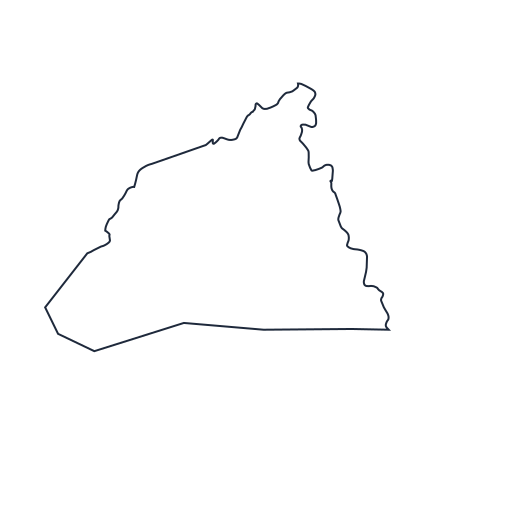 outline of Ceguaca, Santa Bárbara, Honduras, rotated 212°
{"feature_id": "27666195B41370347512850", "entity_name": "Ceguaca", "entity_type": "district", "adm_level": 2, "iso_a3": "HND", "parent_name": "Honduras", "parent_adm1": "Santa Bárbara", "projection": "orthographic", "projection_center": [-88.209, 14.817], "detail": "fine", "context": "isolated", "style": "outline", "palette": "slate", "viewbox_px": 512, "rotation_deg": 212, "n_neighbors": 0, "source": "geoboundaries", "source_scale": "gbopen_adm2", "svg_char_len": 6140}
<svg xmlns="http://www.w3.org/2000/svg" viewBox="0 0 512 512"><g transform="rotate(212 256 256)"><path d="M104.4,263.8L106.7,264.4L107.6,264.7L108.1,265.0L108.6,265.3L109.0,265.7L109.2,266.0L109.5,266.5L109.7,267.0L110.0,268.1L110.2,269.1L110.3,270.2L110.2,271.8L110.2,272.3L110.3,272.7L110.6,273.4L110.9,274.0L111.4,274.7L111.8,275.2L113.2,276.4L114.3,277.1L117.7,278.8L120.5,280.3L123.4,282.4L125.8,284.1L126.4,284.6L126.6,284.9L126.9,285.4L127.2,286.5L127.3,287.1L127.2,288.0L127.2,288.5L127.3,289.1L127.5,289.9L127.7,290.5L128.0,291.2L128.3,291.5L128.6,291.8L129.3,292.0L130.2,292.2L130.9,292.2L133.0,292.2L133.8,292.3L135.1,292.7L136.3,293.2L137.9,293.1L139.0,292.9L139.8,292.8L140.5,292.6L141.1,292.3L141.8,292.0L142.7,291.5L144.4,290.2L145.1,289.8L146.2,289.2L147.1,288.9L147.8,288.9L148.3,289.0L149.0,289.2L149.5,289.7L150.1,290.2L150.6,290.8L150.9,291.3L151.2,291.8L152.4,295.4L154.2,300.7L155.2,303.0L156.0,304.8L161.5,314.3L162.0,314.9L162.5,315.4L163.1,315.9L163.6,316.3L164.7,316.8L165.7,317.1L166.6,317.2L167.7,317.1L169.8,316.6L171.6,316.0L173.4,315.3L176.0,314.0L177.1,313.5L178.1,313.2L179.8,312.7L180.9,312.6L181.8,312.5L182.6,312.6L183.5,312.7L184.0,312.9L184.3,313.1L184.6,313.5L184.9,314.5L185.3,315.9L185.6,317.7L185.9,318.7L186.4,319.7L187.1,320.9L187.9,321.9L188.5,322.6L189.1,323.1L190.0,323.6L190.7,323.9L191.7,324.2L192.5,324.4L194.8,324.8L197.2,325.0L197.9,325.1L198.4,325.3L199.2,325.7L199.9,326.1L204.8,329.8L205.3,330.2L205.7,330.8L206.1,331.6L206.4,332.4L207.1,335.3L207.4,337.3L207.7,338.2L207.9,338.7L208.2,339.1L209.4,340.5L211.1,342.2L213.1,343.9L217.5,347.5L220.7,350.0L221.9,351.0L222.3,351.2L222.9,351.4L223.3,351.5L224.2,351.5L224.8,351.6L225.3,351.8L225.8,352.0L226.7,352.5L227.3,353.0L227.7,353.3L228.4,354.1L229.1,355.0L230.6,357.5L230.9,357.9L231.4,358.3L231.7,358.5L232.3,358.7L232.5,358.9L232.6,359.1L232.5,359.5L232.1,359.8L231.5,360.1L232.3,362.0L234.3,365.8L235.7,368.5L236.1,369.2L236.6,369.9L237.3,370.7L237.9,371.4L238.5,371.9L239.1,372.2L239.9,372.4L240.6,372.5L241.4,372.3L242.2,372.1L243.0,371.7L243.8,371.2L244.6,370.6L245.2,369.9L245.8,369.0L246.1,368.3L246.5,366.9L246.9,365.9L247.9,364.5L248.9,363.1L251.2,360.3L252.7,358.9L253.1,358.4L253.5,358.2L253.9,358.0L254.2,358.0L254.5,358.1L255.5,358.7L256.9,359.5L258.7,360.9L260.1,362.0L260.4,362.4L260.7,362.8L261.2,363.4L263.5,367.5L266.0,371.4L266.7,372.3L267.2,372.8L267.7,373.1L268.7,373.6L270.7,374.5L275.2,376.0L276.6,376.4L279.2,377.0L279.9,377.2L280.6,377.7L280.9,378.0L281.2,378.3L281.4,378.6L281.5,379.0L281.7,379.8L281.8,381.5L282.1,383.0L282.7,385.3L283.1,386.3L283.4,386.8L283.7,387.4L284.7,388.4L285.4,389.0L285.7,389.1L286.3,389.3L286.5,389.4L286.7,389.5L286.8,389.8L287.0,390.1L287.0,390.5L287.0,390.8L286.9,391.1L286.7,391.5L286.0,392.2L285.0,392.8L283.6,393.6L283.0,393.7L279.7,394.3L277.6,394.7L277.3,394.8L277.0,395.0L276.4,395.4L275.8,396.1L275.3,396.8L275.0,397.4L274.9,398.1L274.9,398.8L275.1,399.6L275.4,400.5L275.9,401.3L277.0,403.0L277.9,404.2L279.5,406.2L279.8,406.6L280.3,407.1L280.8,407.4L281.3,407.8L282.0,408.1L282.9,408.4L283.5,408.6L284.4,408.8L285.2,408.9L285.8,408.9L286.4,408.8L287.4,408.6L288.3,408.5L289.3,408.7L290.2,408.9L290.4,409.0L290.7,409.3L290.9,409.9L291.1,411.4L291.2,412.4L291.3,415.3L291.3,416.3L291.2,417.0L290.8,419.0L290.6,420.0L290.6,420.9L290.7,422.2L290.9,423.5L291.1,424.0L291.3,424.6L291.6,425.0L291.9,425.3L292.2,425.6L292.6,426.0L293.1,426.3L293.6,426.5L294.5,426.7L295.1,426.8L297.1,426.9L299.4,426.8L304.1,426.5L308.1,426.0L308.8,425.9L309.6,425.6L310.4,425.3L311.0,425.0L311.8,424.5L311.4,424.1L311.0,423.5L310.7,423.0L310.4,422.3L310.3,421.8L310.2,421.3L310.2,420.8L310.3,420.4L311.6,416.9L312.3,415.2L312.5,414.8L313.3,413.8L314.3,412.6L315.0,412.0L315.8,411.3L316.4,410.8L317.0,409.9L317.3,409.2L317.6,408.3L318.0,406.7L318.5,403.5L318.8,401.8L318.8,400.3L318.8,399.3L318.7,398.7L318.4,397.6L318.4,397.1L318.5,396.4L318.7,395.5L319.2,394.5L320.7,392.0L322.4,389.5L323.8,387.8L324.3,387.1L324.9,386.5L325.6,386.0L326.3,385.5L327.0,385.1L327.6,384.9L328.1,384.8L329.0,384.7L333.4,385.7L335.0,385.9L335.7,386.0L336.0,385.9L336.3,385.8L336.5,385.5L336.6,385.2L336.7,384.8L336.6,384.3L336.4,383.8L335.8,382.9L335.6,382.2L334.9,380.3L334.8,379.7L334.8,379.1L335.1,377.9L335.1,376.8L335.3,376.4L335.8,375.8L336.0,375.3L336.2,374.6L336.3,373.4L336.4,372.7L336.7,371.9L337.2,371.0L337.3,370.6L337.4,370.1L337.5,369.3L337.4,367.6L337.2,365.5L336.9,361.7L336.4,357.5L336.3,355.1L336.2,354.3L334.8,346.7L334.8,346.1L334.9,345.6L335.0,345.1L335.2,344.7L335.6,344.1L335.9,343.7L337.1,342.5L338.2,341.5L339.3,340.8L340.4,340.2L341.6,339.8L342.8,339.5L345.2,339.0L346.8,338.6L347.4,338.4L347.9,338.1L348.7,337.5L349.2,336.9L349.4,336.4L349.5,335.9L349.5,334.9L349.6,334.2L349.9,332.7L350.5,330.6L351.0,329.4L351.2,328.9L351.4,328.8L351.7,328.6L351.9,328.6L352.2,328.7L352.5,328.9L352.7,329.1L353.0,329.6L354.1,331.6L354.4,331.7L354.5,331.7L354.8,331.4L355.0,331.1L355.1,330.8L356.7,325.4L357.3,323.6L393.2,278.9L394.4,277.6L395.7,276.0L396.3,275.1L396.9,274.2L398.9,270.4L399.5,269.0L399.9,267.8L400.2,266.5L400.3,265.4L400.3,264.3L400.1,262.9L399.7,261.6L398.0,256.9L396.8,253.2L395.9,250.0L396.7,249.6L397.4,249.0L398.2,248.1L398.9,247.2L399.3,246.5L399.8,245.5L400.1,244.7L400.2,243.9L400.2,242.8L399.9,239.9L399.8,237.3L399.9,234.5L399.9,233.9L400.1,233.2L400.3,232.5L400.6,231.7L400.7,231.1L400.8,230.6L400.7,229.9L400.5,228.8L399.9,227.1L399.3,225.7L398.4,224.2L398.0,223.2L397.6,221.8L397.5,221.1L397.5,220.5L397.5,219.6L398.0,216.2L398.3,213.5L398.4,212.7L398.6,211.9L399.1,210.8L399.3,210.4L399.8,209.7L399.9,209.2L399.9,208.7L399.8,207.3L399.4,203.9L398.9,201.4L398.6,200.5L398.1,199.2L397.3,197.6L395.8,197.6L394.8,197.5L392.8,197.2L392.2,197.0L391.8,196.8L391.6,196.6L391.4,196.4L391.2,195.6L390.9,195.1L389.6,193.6L388.6,192.4L388.2,192.0L387.9,191.3L387.9,190.9L387.8,190.5L387.9,190.0L388.0,189.4L388.5,188.0L389.0,186.8L390.1,184.8L390.9,183.6L392.0,182.4L392.5,181.8L396.5,175.3L397.6,173.3L398.2,172.1L399.4,170.4L400.5,168.9L407.6,100.7L382.6,85.1L342.7,89.6L281.7,161.0L210.5,197.5L136.2,244.8L104.4,263.8Z" fill="none" stroke="#1e293b" stroke-width="2"/></g></svg>